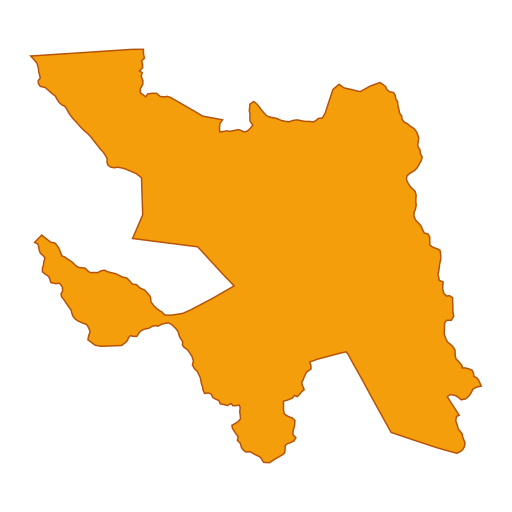 the district of Feira de Santana, Bahia, Brazil
{"feature_id": "56859067B66827602961148", "entity_name": "Feira de Santana", "entity_type": "district", "adm_level": 2, "iso_a3": "BRA", "parent_name": "Brazil", "parent_adm1": "Bahia", "projection": "albers", "projection_center": [-39.059, -12.2], "detail": "fine", "context": "isolated", "style": "filled", "palette": "amber", "viewbox_px": 512, "rotation_deg": 0, "n_neighbors": 0, "source": "geoboundaries", "source_scale": "gbopen_adm2", "svg_char_len": 5643}
<svg xmlns="http://www.w3.org/2000/svg" viewBox="0 0 512 512"><path d="M41.7,235.1L34.6,242.4L38.0,244.1L38.8,247.7L39.3,250.3L40.3,253.1L43.1,255.6L45.0,258.0L44.0,261.2L43.4,265.0L42.4,268.6L42.4,271.7L44.7,273.8L47.8,275.7L49.6,278.1L50.8,282.5L55.4,283.6L59.6,283.3L62.4,287.1L62.6,291.2L61.0,294.0L61.6,296.9L63.6,299.2L66.5,303.5L69.0,307.2L71.0,309.9L71.9,313.4L73.2,316.7L75.7,319.4L78.1,321.0L82.6,323.0L86.6,324.5L88.9,328.2L90.1,331.9L88.7,335.5L87.9,339.8L95.1,345.2L101.1,346.3L121.5,345.5L125.3,342.7L127.4,340.5L128.5,337.7L130.4,335.6L133.0,336.3L136.8,336.4L139.1,332.8L141.2,330.6L144.5,329.1L148.7,328.3L151.9,326.5L155.2,325.6L158.0,326.2L161.2,324.4L164.8,323.4L168.6,322.9L171.9,324.7L174.1,326.8L176.4,329.2L178.2,332.0L179.4,336.3L181.1,339.4L182.8,342.1L182.4,344.9L184.1,347.4L187.4,349.6L189.7,352.8L192.0,356.5L193.4,360.9L192.4,365.1L194.7,369.0L197.2,371.3L199.1,375.1L200.5,378.2L200.9,381.0L201.5,383.9L202.6,387.0L203.0,389.9L204.6,393.5L208.2,392.9L211.2,394.0L212.7,397.3L215.3,399.0L218.8,400.5L220.3,403.9L223.3,404.4L227.4,405.5L231.1,403.5L232.9,405.7L235.8,405.7L239.3,405.1L240.2,407.9L239.7,411.8L240.2,414.9L240.5,418.9L237.6,422.0L234.5,423.9L231.9,425.3L232.5,428.4L235.0,432.4L238.1,436.6L237.4,440.4L240.3,443.3L241.5,447.6L243.1,449.9L245.7,451.9L250.6,451.9L255.3,454.7L260.1,456.9L261.7,459.3L263.7,462.4L269.6,462.7L274.4,459.4L278.5,457.1L282.2,454.9L284.6,453.0L285.1,449.8L285.2,445.5L287.3,443.7L290.7,442.5L294.0,440.9L295.9,437.6L293.0,434.8L293.0,431.4L294.6,425.5L294.9,420.5L292.3,418.0L289.0,416.8L286.5,415.5L284.3,413.8L283.5,410.0L283.5,404.5L283.5,401.1L287.8,400.0L292.3,398.1L294.6,395.4L297.3,396.7L299.4,394.5L301.7,391.6L304.2,389.6L302.6,386.0L301.7,382.6L303.1,379.8L304.4,376.4L306.6,372.1L311.0,369.0L310.9,365.4L309.6,362.1L317.4,359.2L331.0,355.6L337.7,353.8L342.0,352.8L346.0,351.8L347.8,353.9L349.2,356.3L350.9,359.5L354.1,365.3L356.0,368.6L360.5,376.7L366.5,387.7L372.5,398.8L382.4,416.7L391.1,432.4L407.9,438.1L414.2,440.2L420.8,442.4L437.5,447.9L456.8,453.3L460.5,451.5L462.6,449.7L464.2,447.2L465.1,443.1L463.5,439.1L462.5,436.5L462.1,433.8L460.2,431.3L458.2,428.9L457.3,425.2L455.7,420.7L456.5,416.4L459.2,415.3L447.3,396.8L449.9,394.6L454.5,395.2L457.9,397.0L461.2,399.8L465.6,398.9L468.9,396.1L471.3,392.5L473.0,389.0L477.3,386.9L481.3,386.1L479.5,382.1L478.2,379.6L476.5,377.5L473.9,376.6L473.6,373.6L472.3,370.4L468.9,368.9L465.2,367.9L462.4,368.0L461.8,365.3L460.0,363.1L458.2,361.0L456.1,359.1L455.2,355.7L455.0,350.0L452.7,346.4L450.5,344.4L447.4,341.9L445.6,338.3L444.2,333.9L444.4,328.6L444.6,323.1L446.6,320.3L451.2,320.3L453.7,316.3L452.9,311.7L452.9,307.2L452.7,302.2L452.6,297.7L449.3,295.6L446.6,296.1L444.0,293.6L442.6,288.9L442.9,284.9L443.1,281.9L439.2,280.3L438.7,277.2L437.9,274.5L438.7,271.4L439.2,267.7L439.7,263.6L440.7,259.5L440.7,255.2L440.0,250.3L437.1,248.7L433.4,247.5L429.9,245.2L429.7,240.5L429.7,236.8L428.1,234.1L424.2,232.9L422.6,229.8L421.0,225.9L418.9,223.4L416.6,221.3L415.0,218.8L414.0,216.3L414.0,212.7L415.5,209.0L416.2,205.2L415.8,201.9L415.9,198.9L416.1,195.0L415.1,191.4L412.9,189.2L410.4,186.7L408.1,183.3L406.5,179.7L406.8,176.1L409.4,173.7L412.1,172.0L414.9,170.2L417.4,167.5L419.2,164.1L421.2,160.7L422.2,157.2L420.5,153.9L419.9,149.7L418.3,147.5L417.7,144.5L418.3,141.6L418.7,138.0L417.9,135.2L416.5,131.7L413.8,128.4L410.2,126.1L407.5,123.7L404.5,122.4L401.9,119.1L401.7,116.1L399.6,113.1L398.8,109.0L397.8,105.1L397.6,101.7L395.8,99.0L395.2,95.2L393.5,92.5L389.6,91.8L387.0,89.7L385.7,86.7L382.6,84.3L380.0,82.5L370.6,85.9L360.2,91.6L354.2,90.3L351.3,89.5L344.1,87.9L339.1,84.3L332.9,89.5L325.1,113.3L322.4,118.0L318.5,118.4L315.7,120.7L313.1,122.0L309.6,121.4L305.0,121.4L300.3,120.5L297.3,119.9L294.6,120.2L291.9,120.7L289.5,121.8L285.6,121.4L281.1,120.4L276.9,118.5L273.1,117.7L269.7,117.0L266.8,115.9L264.7,113.7L262.7,111.5L260.9,109.2L259.3,107.0L257.0,104.2L253.8,101.5L249.8,104.2L249.6,108.1L249.3,110.8L250.0,113.7L249.9,117.4L250.0,121.0L252.8,125.3L249.9,128.8L246.8,131.3L244.1,132.0L241.1,130.5L238.1,129.6L234.2,130.5L230.1,131.4L227.0,130.8L223.6,131.5L219.7,131.9L219.5,127.5L219.9,123.5L222.5,119.8L202.6,116.1L196.8,112.6L170.7,97.5L167.3,96.4L164.0,96.9L160.2,96.5L156.5,93.3L151.9,93.3L147.6,94.0L145.9,96.8L143.6,95.2L140.3,92.6L140.4,88.5L142.8,84.3L142.9,80.5L141.2,76.4L142.2,72.6L139.5,71.1L142.7,67.5L142.5,64.1L141.6,60.7L144.4,58.3L143.5,53.8L143.4,49.3L131.4,49.4L30.7,56.0L34.3,60.0L37.0,63.2L38.3,67.9L38.7,71.7L39.5,74.7L40.3,78.1L38.2,80.5L38.4,83.5L40.2,86.4L45.0,87.4L48.2,90.1L52.1,93.6L55.2,95.9L57.0,99.2L59.2,102.5L62.0,105.0L64.6,106.2L66.7,109.0L68.8,113.0L71.0,116.1L73.7,119.5L76.7,122.5L79.4,125.7L81.9,128.4L84.4,130.8L87.3,133.2L89.3,135.2L91.4,137.6L93.1,139.8L97.0,144.8L100.5,149.3L102.5,151.2L105.5,155.5L107.2,158.9L107.0,161.9L107.6,164.7L110.4,167.0L114.3,167.8L117.7,167.2L122.0,168.0L125.5,169.0L130.0,170.9L133.5,172.4L136.2,173.6L139.1,175.8L141.5,177.8L142.7,214.8L135.3,232.2L132.5,238.5L156.1,241.5L197.7,246.8L224.9,276.4L229.0,280.5L234.1,285.9L213.0,298.1L190.4,310.0L182.8,313.4L171.3,315.2L164.8,315.1L162.0,312.1L159.6,310.7L156.8,308.6L153.9,305.9L150.9,301.8L150.8,298.9L149.9,296.0L147.5,293.2L144.8,290.2L142.0,288.9L139.5,287.7L136.6,284.7L132.4,284.0L128.9,280.1L126.7,278.0L122.8,277.2L119.1,275.4L115.7,273.7L111.2,272.7L107.6,271.7L104.4,270.2L101.5,270.7L97.6,272.6L93.2,272.5L90.4,272.7L87.7,270.9L85.2,268.1L81.6,267.8L78.0,267.2L75.2,265.2L72.7,262.5L69.7,260.4L66.9,258.6L64.5,256.9L61.8,255.8L60.2,251.5L58.7,247.9L56.9,245.3L54.7,242.9L50.9,242.3L46.3,238.8L41.7,235.1Z" fill="#f59e0b" stroke="#b45309" stroke-width="1.5"/></svg>